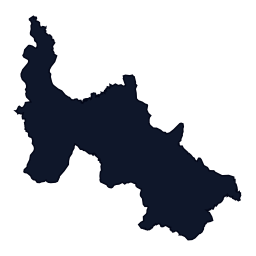 the district of Sucre, Santander, Colombia
{"feature_id": "7082276B9079895199156", "entity_name": "Sucre", "entity_type": "district", "adm_level": 2, "iso_a3": "COL", "parent_name": "Colombia", "parent_adm1": "Santander", "projection": "robinson", "projection_center": [-73.957, 6.009], "detail": "fine", "context": "isolated", "style": "filled", "palette": "ink", "viewbox_px": 256, "rotation_deg": 0, "n_neighbors": 0, "source": "geoboundaries", "source_scale": "gbopen_adm2", "svg_char_len": 5728}
<svg xmlns="http://www.w3.org/2000/svg" viewBox="0 0 256 256"><path d="M182.9,123.9L181.1,123.3L179.9,123.7L173.8,129.8L169.7,133.0L166.7,133.8L166.2,133.8L165.5,132.6L162.8,132.3L160.6,130.3L156.6,128.3L153.3,128.2L149.8,125.1L148.9,122.8L148.9,119.7L149.3,117.4L150.7,115.6L148.2,113.4L146.6,109.9L147.4,105.5L147.1,104.8L144.9,104.1L142.3,102.3L138.3,100.8L136.3,98.7L136.0,92.9L135.2,88.9L136.7,85.4L135.3,84.1L135.4,82.1L134.1,76.8L133.6,76.8L132.4,75.2L129.8,75.8L125.4,75.3L123.4,76.0L123.8,77.3L123.4,78.5L125.6,84.9L125.2,85.8L123.1,86.3L121.1,84.9L118.2,85.6L115.4,84.1L112.1,86.2L112.0,85.5L110.0,84.5L110.2,86.1L109.6,88.1L109.2,88.0L108.8,87.1L107.4,86.8L107.4,88.1L106.5,88.3L105.7,89.7L106.2,90.8L104.7,90.6L104.7,93.0L103.8,92.2L103.1,92.7L101.4,92.4L102.1,93.7L100.9,93.8L99.4,95.4L98.9,96.7L98.2,96.2L98.8,95.6L98.6,94.8L97.4,95.2L96.9,96.4L95.8,96.7L96.0,95.6L95.3,93.4L93.5,93.1L92.9,94.0L92.1,93.5L91.3,94.1L91.8,94.5L91.3,96.3L91.6,97.1L91.3,99.1L90.7,99.4L90.4,98.0L89.8,97.8L88.2,98.7L86.4,98.8L87.1,100.2L86.6,100.8L85.1,99.1L84.1,99.3L83.4,100.3L84.9,100.5L84.9,101.1L83.9,100.9L83.6,102.0L82.2,101.9L82.5,103.1L81.3,102.7L81.4,101.6L80.8,100.4L78.3,100.7L76.9,99.0L74.6,99.4L73.8,100.1L71.4,99.8L69.4,97.5L68.2,97.2L65.1,95.1L61.7,91.0L57.9,89.1L53.5,85.6L52.4,84.4L51.5,82.2L50.2,76.9L50.6,74.1L49.1,72.3L49.2,69.7L50.9,66.4L54.6,61.6L56.6,55.8L53.9,54.2L53.8,52.5L52.0,49.5L52.7,49.4L53.0,48.8L52.3,46.1L54.6,42.8L54.1,42.4L53.6,40.1L53.1,39.6L52.4,40.2L51.9,39.7L51.6,36.9L50.9,36.5L50.7,35.7L49.7,35.0L47.7,35.1L46.7,33.8L45.1,32.5L45.8,31.0L44.5,30.0L45.7,28.4L45.8,27.2L45.3,27.6L43.9,26.8L42.5,26.6L41.1,27.5L40.3,27.1L39.5,25.2L39.4,22.6L37.9,21.5L35.9,21.1L35.8,19.6L36.5,18.3L36.2,17.3L35.3,17.2L34.0,18.5L34.0,16.8L33.4,16.3L29.5,18.9L29.5,19.8L31.0,21.2L32.0,23.7L31.1,25.7L31.4,29.1L30.5,33.0L30.7,34.6L34.3,37.7L34.9,40.8L36.6,42.2L37.0,43.0L37.4,45.6L36.8,47.7L35.4,48.3L32.2,46.2L29.8,45.5L28.6,45.6L24.8,49.8L24.0,53.7L23.0,55.4L23.9,57.0L28.1,59.3L28.8,60.5L28.8,61.5L28.2,63.3L22.8,69.8L21.2,73.9L21.3,76.3L22.5,79.5L25.7,82.6L26.7,85.3L26.7,87.7L25.6,89.4L26.5,91.4L26.5,92.4L25.9,93.5L26.1,95.1L26.8,97.1L29.8,100.0L30.8,101.9L25.5,102.6L25.1,104.4L23.5,107.1L21.6,108.0L19.3,106.3L18.6,106.8L17.2,109.9L16.1,110.9L15.4,110.9L17.4,112.6L17.9,113.7L18.5,113.1L21.3,113.9L23.2,113.1L22.3,116.3L22.6,118.6L22.9,118.9L24.4,118.5L25.4,119.1L25.1,119.7L25.5,120.9L25.3,121.9L24.6,122.5L24.9,123.3L24.7,124.0L25.4,125.0L25.0,125.8L25.4,127.6L25.1,129.2L26.0,129.6L26.2,131.3L27.6,131.6L28.8,133.3L28.6,134.8L28.9,136.2L30.2,137.0L31.2,137.1L32.2,138.1L32.8,140.7L32.4,143.5L34.0,145.8L34.6,147.9L34.5,149.5L33.8,151.4L30.6,155.3L29.9,159.8L27.4,164.9L27.2,167.1L24.4,169.6L24.0,171.8L24.7,172.4L27.3,172.9L30.7,175.7L31.9,178.3L33.4,179.6L35.6,180.0L37.2,182.3L39.5,182.5L41.4,181.7L44.2,181.3L46.0,180.1L47.1,181.5L48.5,182.2L50.8,182.5L55.4,182.1L57.4,181.2L59.2,177.1L59.1,176.3L64.0,170.7L68.3,164.5L68.4,160.9L69.2,157.2L71.7,153.5L72.1,151.3L73.9,148.1L74.0,146.1L75.0,144.0L78.1,146.0L80.4,149.2L82.9,149.4L83.4,150.3L85.2,150.5L89.4,153.8L92.8,153.7L92.5,154.6L93.1,155.1L94.2,153.3L95.8,154.6L95.6,155.0L95.0,154.6L95.1,155.1L98.8,158.2L98.5,159.6L99.5,159.5L99.0,160.3L100.0,160.5L100.0,162.1L100.7,162.9L101.4,162.8L101.6,164.7L101.1,166.4L101.6,170.5L100.5,172.0L100.1,176.0L100.5,179.5L100.1,179.8L100.7,181.8L106.9,184.7L107.8,186.3L109.1,187.3L111.3,187.7L112.5,187.1L113.9,185.1L116.1,184.3L119.0,184.0L122.5,182.2L124.7,183.9L126.7,182.5L128.3,182.7L129.9,181.9L131.8,182.0L134.4,183.3L135.1,183.1L135.9,183.7L136.1,185.9L136.8,186.3L137.1,187.0L141.3,189.2L141.5,190.3L140.6,193.2L140.5,194.9L140.7,195.9L142.6,198.4L143.4,204.3L144.9,206.3L147.4,206.3L148.4,207.6L147.2,210.0L147.1,212.5L146.5,214.0L143.5,216.7L143.7,221.0L141.0,222.4L138.7,224.6L141.3,228.1L141.6,227.9L143.7,228.7L144.0,228.3L145.1,229.2L145.5,228.6L146.1,229.4L147.6,229.9L149.3,229.2L149.5,229.5L151.0,228.6L151.1,227.7L152.1,227.8L153.6,225.2L154.2,225.3L154.4,224.6L155.5,224.6L155.6,224.2L155.9,224.6L155.8,224.3L156.2,224.2L156.4,224.6L158.7,223.5L160.3,224.3L161.0,226.2L161.7,226.0L161.8,226.6L162.9,226.6L165.6,225.2L168.8,227.1L169.2,226.7L169.7,227.3L170.6,227.4L170.2,228.7L170.4,229.6L170.9,229.7L171.1,230.5L172.2,230.9L172.6,231.9L173.8,231.8L175.4,230.8L176.9,231.0L178.6,232.5L179.7,234.3L179.4,234.8L181.8,234.9L185.1,236.4L188.1,239.7L192.0,239.4L194.9,237.8L199.0,233.5L200.0,233.4L201.9,231.9L203.3,229.2L203.5,226.9L204.4,226.0L204.8,223.8L205.5,223.9L207.6,221.5L208.8,221.8L209.4,221.1L210.1,221.4L212.6,220.4L211.7,217.0L209.3,212.6L208.0,212.0L207.7,211.1L206.5,210.2L209.0,210.2L209.2,209.4L210.4,209.5L210.4,208.6L211.0,208.4L213.1,209.0L214.8,205.1L216.1,206.0L218.4,203.0L219.8,202.8L221.5,201.5L223.0,199.2L223.0,198.1L223.5,197.7L223.9,196.4L225.2,196.1L227.1,194.5L227.2,196.3L228.5,195.5L230.3,196.8L231.6,197.0L232.5,196.6L232.3,197.5L232.8,198.3L235.1,199.3L235.4,199.8L236.8,199.3L238.3,200.7L240.0,199.9L239.3,198.3L240.6,195.3L240.3,194.4L240.4,193.0L239.3,192.6L239.2,191.6L238.3,192.2L236.6,191.7L236.0,191.0L236.4,189.8L236.8,191.0L237.2,190.3L237.1,189.0L236.3,189.0L236.9,187.6L235.9,184.1L234.9,183.6L234.9,178.8L234.8,179.7L233.8,179.9L233.7,177.1L228.7,175.5L222.0,175.8L215.0,172.3L213.8,170.9L209.3,170.8L207.4,167.6L203.7,165.6L201.0,159.5L199.9,158.3L198.6,158.3L197.2,161.3L196.0,161.0L194.8,159.9L194.2,158.3L192.7,157.5L191.0,155.3L189.0,153.5L187.9,153.7L187.7,152.5L183.3,148.5L182.1,146.1L180.2,146.3L179.6,145.9L179.4,145.1L178.5,144.7L178.5,143.8L178.9,143.6L178.6,142.8L179.1,141.7L180.7,140.5L180.8,138.8L182.2,135.5L182.1,133.9L182.9,131.7L182.7,128.8L183.3,126.7L182.9,123.9Z" fill="#0f172a" stroke="#020617" stroke-width="1.5"/></svg>